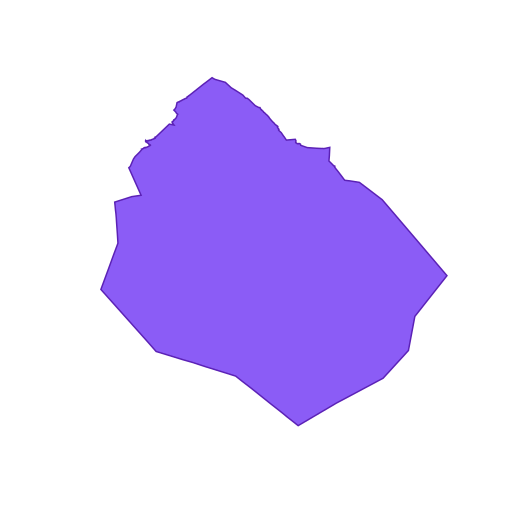 Snåase sma 1, Nord-Trøndelag, Norway, rotated 56°
{"feature_id": "86288312B29366905893457", "entity_name": "Snåase sma 1", "entity_type": "district", "adm_level": 2, "iso_a3": "NOR", "parent_name": "Norway", "parent_adm1": "Nord-Trøndelag", "projection": "orthographic", "projection_center": [12.115, 64.195], "detail": "fine", "context": "isolated", "style": "filled", "palette": "violet", "viewbox_px": 512, "rotation_deg": 56, "n_neighbors": 0, "source": "geoboundaries", "source_scale": "gbopen_adm2", "svg_char_len": 4768}
<svg xmlns="http://www.w3.org/2000/svg" viewBox="0 0 512 512"><g transform="rotate(56 256 256)"><path d="M279.3,392.2L301.2,374.5L308.3,368.5L319.6,359.7L344.2,340.0L352.2,337.5L363.3,333.8L386.7,326.5L401.0,321.9L406.5,320.3L420.2,315.9L422.9,271.6L428.4,219.0L419.6,182.5L394.9,158.1L379.1,108.7L333.5,113.8L279.9,119.9L252.8,129.1L251.2,130.8L246.1,136.3L244.3,138.4L242.8,140.1L241.5,140.2L239.0,140.3L230.6,140.8L228.7,141.0L227.7,141.0L226.4,141.1L225.8,140.5L225.4,140.4L225.0,140.9L224.9,141.1L223.0,141.4L218.0,142.4L213.9,139.1L207.2,134.1L205.5,138.4L204.8,139.8L203.9,140.9L203.4,141.7L200.5,145.6L200.1,146.1L194.8,152.9L189.3,157.0L189.2,156.9L188.5,156.8L188.2,156.6L187.4,156.9L187.0,157.2L186.8,157.4L186.8,157.7L186.6,157.8L186.5,158.0L186.5,158.3L186.4,158.4L186.3,158.5L186.2,158.7L186.0,159.0L185.8,159.0L185.7,159.1L185.3,159.2L184.7,159.5L184.2,159.7L183.8,159.3L183.9,159.2L183.7,159.1L183.4,159.0L183.3,158.9L183.2,158.8L182.8,158.6L182.7,158.4L181.2,158.2L176.9,166.0L172.9,166.0L171.8,166.1L167.9,166.1L164.5,166.9L164.3,166.6L164.1,166.6L163.9,166.3L163.7,166.3L163.7,166.2L163.4,166.2L163.3,166.3L163.0,166.1L162.7,166.1L162.1,166.3L161.6,166.3L161.3,166.2L161.1,165.9L160.9,165.8L160.4,165.7L160.0,165.9L159.9,165.9L160.0,165.7L159.7,165.8L159.3,165.9L159.1,166.1L158.9,166.1L158.5,166.3L158.3,166.3L158.2,166.4L158.0,166.5L157.4,166.6L157.2,166.6L156.6,166.7L156.4,166.7L155.3,166.8L154.4,167.1L151.7,167.5L151.2,167.5L149.8,167.7L148.5,167.7L148.2,167.6L147.9,167.7L147.4,167.8L147.1,167.8L146.0,167.9L144.5,168.3L144.1,168.4L143.9,168.5L143.3,168.6L143.0,168.7L142.5,168.7L141.9,168.9L141.5,169.0L141.3,169.2L141.2,169.1L140.8,169.2L140.4,169.2L139.5,169.3L138.8,169.6L138.3,169.6L138.2,169.6L138.1,169.8L137.7,169.9L137.5,169.7L137.3,169.8L136.7,170.0L135.2,169.7L134.4,170.7L130.9,172.6L122.6,174.3L120.4,175.0L119.3,176.4L115.3,176.9L108.3,179.9L102.6,182.5L94.9,184.3L86.8,191.1L85.4,191.9L83.6,192.7L84.1,201.2L84.1,202.3L85.6,221.7L85.5,221.9L85.5,222.1L85.6,222.4L85.7,222.8L85.7,223.2L85.7,223.3L85.7,223.6L85.5,223.8L85.5,224.0L85.7,224.3L85.8,224.5L86.2,224.8L86.3,225.1L86.3,225.4L86.1,225.8L86.0,226.3L85.9,226.6L85.8,227.0L85.9,227.4L85.8,227.6L85.8,228.0L85.7,228.2L85.8,228.3L85.7,228.5L85.6,228.8L85.6,229.0L85.5,229.5L85.5,229.9L85.5,230.0L85.4,230.2L85.4,230.3L85.4,230.5L85.5,230.6L85.5,230.8L85.4,231.1L85.4,231.3L85.3,231.5L85.3,231.9L85.2,232.3L85.1,232.7L85.1,232.9L85.3,233.2L85.3,233.3L85.2,233.3L85.1,233.6L85.0,233.8L84.9,234.0L84.8,234.7L84.9,234.8L84.9,235.0L84.7,235.3L84.7,235.6L84.9,236.0L85.4,236.4L87.3,238.4L87.8,238.9L88.6,240.5L88.9,241.4L88.9,241.8L89.1,242.5L90.2,242.3L91.6,242.0L92.8,242.1L93.5,242.0L94.7,241.6L95.1,242.5L95.4,242.9L95.6,243.1L96.2,243.9L96.5,244.4L96.9,245.2L97.1,246.0L97.3,247.5L97.5,247.9L97.6,248.2L97.4,248.3L97.5,248.4L97.5,248.6L97.9,249.2L97.9,249.3L98.1,249.6L98.0,249.9L98.0,250.1L97.9,250.2L98.0,250.4L97.9,250.6L98.0,250.7L98.5,250.7L98.6,250.8L98.9,250.9L99.1,250.9L101.5,250.8L98.2,254.1L101.3,272.3L101.3,272.5L101.2,272.6L101.1,272.8L101.2,273.0L101.1,273.3L101.6,273.4L101.6,273.6L101.9,273.7L101.8,274.0L101.7,274.2L101.8,274.3L101.8,274.5L101.6,274.8L101.8,275.0L101.8,275.3L101.6,275.7L101.6,275.9L101.5,276.0L101.4,276.4L101.4,276.5L101.3,276.8L101.3,277.1L101.3,277.3L101.1,277.5L101.0,277.9L101.2,278.2L101.0,278.4L101.0,278.7L101.0,278.8L100.9,279.0L100.6,279.2L100.5,279.3L100.4,279.5L100.6,279.6L100.4,280.1L100.2,280.2L100.2,280.4L100.3,280.5L100.2,280.7L100.1,280.8L100.0,281.0L99.9,281.1L100.0,281.2L100.1,281.3L99.9,281.5L99.8,281.9L99.7,282.0L99.7,282.3L99.3,282.4L99.2,282.4L99.2,282.5L99.3,282.6L99.2,282.7L99.0,282.8L99.1,283.0L98.7,283.0L98.8,283.1L98.9,283.3L99.1,283.3L99.3,283.4L99.5,283.4L99.8,283.5L100.1,283.3L100.0,283.2L100.4,283.1L100.8,282.9L101.1,282.9L101.6,282.7L102.3,282.4L102.5,282.3L102.8,282.3L103.0,282.3L103.4,282.3L103.5,282.3L103.5,282.2L103.8,282.1L104.0,282.1L104.2,281.9L104.3,281.9L104.4,281.7L104.6,281.6L104.9,281.5L105.1,281.5L105.2,281.8L104.9,282.0L105.0,282.3L105.0,282.5L105.0,283.0L105.0,283.4L105.1,283.5L105.0,283.9L105.0,284.4L104.9,284.6L104.9,285.1L104.6,286.1L104.6,286.3L104.4,286.5L104.5,286.6L104.4,286.7L104.3,287.0L104.3,287.3L104.3,287.5L104.0,287.6L103.9,287.6L103.7,287.8L103.7,288.2L103.7,288.3L103.7,288.6L103.7,288.8L103.8,288.9L103.9,289.0L103.9,289.3L103.8,289.6L103.8,289.9L103.7,289.9L103.6,290.3L103.6,290.5L103.6,290.8L103.4,291.1L103.7,291.2L103.9,291.3L104.8,294.5L106.0,300.7L107.1,303.4L111.4,310.1L111.7,312.1L141.4,317.3L137.6,325.2L137.4,325.5L132.3,343.0L135.5,344.7L139.5,346.9L142.3,348.3L146.6,350.7L149.3,352.3L159.7,358.3L168.2,363.3L175.4,373.4L183.4,384.4L184.7,386.2L197.0,403.3L267.4,393.7L279.3,392.2Z" fill="#8b5cf6" stroke="#5b21b6" stroke-width="1.5"/></g></svg>